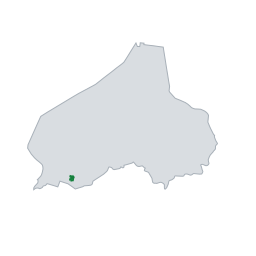 location of Qalat Saleh, Maysan, Iraq, rotated 108°
{"feature_id": "34846034B15043886970359", "entity_name": "Qalat Saleh", "entity_type": "district", "adm_level": 2, "iso_a3": "IRQ", "parent_name": "Iraq", "parent_adm1": "Maysan", "projection": "orthographic", "projection_center": [47.323, 31.48], "detail": "fine", "context": "in_parent", "style": "filled", "palette": "green", "viewbox_px": 256, "rotation_deg": 108, "n_neighbors": 0, "source": "geoboundaries", "source_scale": "gbopen_adm2", "svg_char_len": 3689}
<svg xmlns="http://www.w3.org/2000/svg" viewBox="0 0 256 256"><g transform="rotate(108 128 128)"><path d="M108.1,43.4L109.8,43.1L112.9,40.6L114.9,38.3L115.4,38.1L117.0,38.9L118.2,39.2L120.9,38.4L122.4,38.9L123.7,39.6L124.5,39.7L128.0,41.3L128.8,41.5L130.7,41.8L133.4,41.9L135.2,41.0L136.5,40.1L137.4,40.1L138.2,40.4L138.9,40.8L139.5,41.5L139.8,42.6L139.5,45.8L139.8,46.6L140.2,47.3L140.9,47.4L141.6,46.7L143.0,45.7L144.6,44.7L145.8,43.7L146.5,43.3L147.6,43.4L148.7,43.6L149.2,44.1L149.2,44.3L149.8,45.8L151.0,51.5L151.8,52.2L152.7,52.8L153.4,53.7L153.6,54.5L153.5,55.9L153.5,57.4L153.8,58.6L154.3,59.5L154.8,59.9L155.6,60.0L156.4,60.2L157.0,61.1L158.8,67.6L159.0,68.4L159.7,68.7L161.1,68.6L162.4,69.3L163.8,70.4L165.2,72.4L166.1,72.7L169.0,72.4L172.9,72.8L174.7,73.8L174.5,74.5L173.1,75.1L170.6,75.9L169.8,77.3L169.4,79.1L169.5,80.1L170.1,81.2L171.8,83.5L171.9,84.3L172.2,85.4L172.5,86.2L172.1,87.6L170.5,88.6L168.4,89.7L164.0,94.6L163.7,95.7L163.7,98.6L163.2,99.4L161.9,99.4L160.8,99.2L160.7,100.2L160.0,101.6L159.6,102.8L161.2,105.6L161.4,107.1L161.1,108.4L159.6,110.7L158.7,112.3L158.9,112.6L160.1,113.3L163.6,118.5L164.7,120.3L166.2,119.8L166.8,119.9L167.2,120.2L167.5,120.8L167.5,121.5L167.1,122.7L169.0,123.2L169.7,124.4L171.9,128.4L171.8,129.6L170.7,131.4L170.7,132.7L170.9,133.8L171.2,134.2L174.6,134.4L176.0,134.9L179.4,136.9L183.4,140.1L186.6,142.7L189.4,144.9L192.3,144.7L193.2,145.1L193.9,145.8L194.8,147.6L196.5,151.7L197.9,153.0L200.2,156.3L202.3,159.3L200.9,163.5L199.6,167.8L199.6,173.3L199.6,176.3L202.5,176.4L205.7,176.6L205.7,180.1L205.8,183.7L205.9,187.8L206.8,188.0L208.3,188.9L209.0,190.2L209.8,190.9L210.8,191.0L211.7,191.7L212.7,192.8L213.1,193.7L212.8,194.3L213.0,195.4L213.7,197.0L214.5,197.7L215.8,198.6L214.1,199.1L212.2,198.7L208.3,196.9L207.0,196.9L205.3,197.6L205.2,198.2L201.0,196.2L199.5,195.8L199.0,195.8L196.6,195.8L193.2,196.2L191.2,197.0L189.8,197.9L189.2,198.7L188.9,199.2L187.8,201.7L186.6,204.9L185.2,207.8L182.7,211.9L181.2,213.7L178.2,217.2L174.9,217.9L167.3,217.1L158.8,216.2L150.4,215.3L144.2,214.6L143.7,214.4L137.6,209.3L132.9,205.2L126.9,200.0L120.9,194.8L114.8,189.5L110.4,185.6L105.1,180.5L100.4,176.0L96.6,172.4L91.7,169.1L87.9,166.6L82.4,162.8L78.0,159.8L74.2,157.3L68.5,153.3L66.6,152.2L60.5,150.6L54.7,149.2L48.7,147.7L44.7,146.7L47.6,144.3L46.9,142.0L45.0,142.3L43.2,142.7L42.4,139.0L43.8,138.7L42.9,133.9L41.9,129.0L41.1,124.3L40.2,119.5L45.5,116.8L49.4,114.8L54.9,112.0L60.2,109.3L65.2,106.7L70.7,103.9L75.6,101.3L80.0,100.4L81.0,99.5L83.2,95.7L85.1,92.4L85.2,91.7L85.5,86.9L86.1,81.3L86.9,78.4L88.0,75.8L89.0,73.9L89.2,72.1L89.2,70.3L88.4,67.5L87.7,64.6L88.0,61.8L88.2,60.3L89.0,58.0L90.1,56.3L91.2,55.3L95.3,54.4L97.7,53.9L101.1,51.0L103.1,49.2L105.8,46.5L107.9,44.4L108.1,43.7L108.1,43.4Z" fill="#d9dde1" stroke="#a8b0b8" stroke-width="1"/><path d="M191.6,164.2L191.4,164.3L191.3,164.6L191.1,164.9L190.9,165.2L191.1,165.2L191.1,165.4L191.1,165.5L191.1,166.0L191.2,166.9L191.3,167.2L191.3,167.7L191.3,168.1L191.6,168.1L191.8,168.1L192.2,168.0L192.2,167.9L192.2,167.7L192.3,167.5L192.4,167.4L192.5,167.2L192.6,166.8L192.5,166.7L192.4,166.6L192.2,166.4L192.0,166.2L192.2,165.9L192.3,165.9L192.5,165.8L192.8,165.8L193.0,166.0L193.3,166.1L193.5,166.3L193.8,166.5L194.0,166.8L194.2,167.0L194.3,167.2L194.3,167.3L194.5,167.5L194.7,167.4L195.0,167.3L195.3,167.2L195.1,166.3L195.1,166.0L195.1,165.8L195.0,165.5L195.2,165.4L195.4,165.4L195.6,165.4L195.4,165.0L195.0,165.0L195.0,164.7L194.9,164.3L194.9,164.1L194.6,164.1L194.4,164.1L194.1,164.1L193.9,164.2L193.7,164.4L193.5,164.5L193.1,164.3L192.9,164.5L192.7,164.8L192.4,165.0L192.2,164.7L192.0,164.3L191.9,164.3L191.6,164.2Z" fill="#22c55e" stroke="#15803d" stroke-width="1.5"/></g></svg>